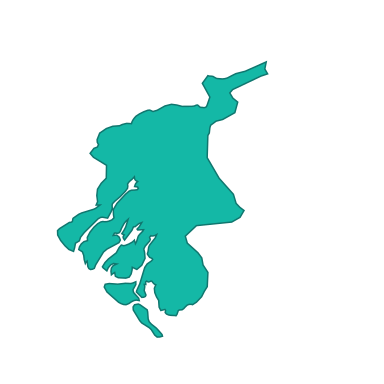 Rivers, Natural Earth projection, rotated 55°
{"feature_id": "NGA-2844", "entity_name": "Rivers", "entity_type": "State", "adm_level": 1, "iso_a3": "NGA", "parent_name": "Nigeria", "parent_adm1": "", "projection": "natural_earth1", "projection_center": [6.981, 5.031], "detail": "fine", "context": "isolated", "style": "filled", "palette": "teal", "viewbox_px": 384, "rotation_deg": 55, "n_neighbors": 0, "source": "natural_earth", "source_scale": "10m", "svg_char_len": 4624}
<svg xmlns="http://www.w3.org/2000/svg" viewBox="0 0 384 384"><g transform="rotate(55 192 192)"><path d="M284.6,256.2L283.6,257.0L282.4,258.8L281.9,260.7L282.3,263.6L282.8,265.7L282.8,267.7L281.4,270.0L281.3,271.3L283.6,274.5L284.2,276.1L283.6,276.6L280.8,280.2L279.3,281.7L277.3,282.9L275.4,283.1L273.8,281.5L272.7,281.5L271.2,285.5L267.5,285.0L261.7,281.5L257.5,281.2L253.1,280.2L249.3,278.1L247.2,274.8L246.2,275.5L245.0,275.9L242.0,276.1L241.4,276.7L241.2,278.1L240.6,279.5L239.0,280.2L239.0,281.5L240.1,282.2L241.3,282.9L240.3,284.1L242.5,285.0L245.3,287.7L250.0,288.8L250.8,290.1L250.5,291.9L249.5,293.6L242.0,294.9L241.1,293.9L237.3,287.5L226.7,274.0L225.2,270.0L225.2,264.7L224.7,262.9L223.6,262.8L221.2,264.2L217.5,264.2L217.0,264.0L215.6,262.2L212.5,259.3L211.2,257.3L208.5,248.4L206.6,245.4L206.4,247.3L205.6,249.2L204.7,250.5L204.2,250.7L204.7,252.7L205.6,253.1L206.7,253.2L207.8,254.6L209.5,261.4L211.0,264.2L214.1,265.4L219.4,268.5L223.2,275.2L223.8,281.6L219.4,284.1L221.6,285.9L224.2,288.8L225.7,292.2L224.6,295.6L219.9,301.6L217.1,303.1L213.6,301.5L213.5,304.5L213.6,305.5L210.4,303.8L208.1,301.7L207.1,298.8L207.8,294.9L205.5,297.3L205.1,300.5L206.0,304.0L207.8,307.0L203.2,308.3L201.9,308.3L199.9,303.7L198.9,298.8L198.4,288.9L195.7,283.5L194.9,280.3L196.8,278.8L197.5,277.2L198.4,273.5L198.8,269.5L198.4,266.8L199.3,267.2L200.9,267.6L201.9,268.0L200.8,265.8L197.4,261.4L196.7,259.3L195.9,255.0L195.1,253.3L191.9,258.3L190.9,258.3L190.2,255.1L188.2,250.7L187.4,253.7L187.8,258.4L187.0,260.0L188.9,263.1L192.7,274.8L190.9,274.8L189.7,274.5L188.9,273.8L188.2,272.1L187.5,272.6L185.9,273.4L184.4,269.7L182.6,266.3L177.7,260.0L178.1,263.2L178.9,265.8L181.3,270.6L182.7,272.7L183.3,273.9L183.6,275.4L182.9,277.1L181.8,278.1L181.2,279.2L182.4,281.5L184.1,278.4L187.2,277.5L190.3,278.3L191.6,280.9L190.0,294.3L190.4,298.9L196.4,312.7L198.5,315.8L198.2,317.7L197.3,319.6L195.6,320.4L193.4,320.1L191.6,319.2L188.4,317.5L188.5,318.4L188.8,319.3L189.4,320.4L185.6,319.1L181.9,317.1L178.1,316.1L174.2,317.8L172.3,315.5L171.0,312.4L170.7,308.9L171.9,305.5L169.1,303.8L166.4,298.6L164.6,292.5L163.9,287.5L164.2,284.0L165.0,282.0L166.2,280.7L167.4,278.8L168.2,276.8L168.9,273.7L168.4,270.7L165.6,269.4L161.3,266.6L158.3,260.0L155.7,247.9L155.2,243.1L155.8,240.6L157.5,237.9L158.7,235.6L158.3,233.9L156.7,233.7L154.6,235.9L153.0,233.7L152.5,232.3L152.2,230.5L150.8,231.3L149.4,231.6L147.9,231.3L146.5,230.5L147.2,233.8L147.5,237.3L148.4,240.1L150.5,241.3L152.0,242.7L153.2,246.2L154.6,253.3L155.3,260.6L156.0,264.0L157.5,265.4L159.7,266.7L161.9,269.8L165.0,276.1L161.2,279.9L160.4,281.5L160.1,284.2L163.4,303.4L165.1,309.2L167.4,312.3L167.1,316.8L170.5,320.3L172.7,323.1L168.5,325.8L163.2,326.9L156.4,327.4L150.2,326.7L146.5,324.3L146.0,321.5L146.6,309.9L147.4,308.5L147.6,307.6L147.3,306.6L145.7,305.1L145.3,304.3L145.3,297.5L145.9,294.3L149.7,282.6L150.1,280.5L149.9,274.8L147.7,278.0L145.8,274.9L140.3,272.0L135.5,267.8L132.8,261.4L131.5,254.3L121.1,246.7L107.1,252.8L101.9,253.3L100.0,247.3L100.9,243.7L99.5,241.4L97.0,241.1L94.7,239.7L90.8,233.8L90.9,225.8L92.7,219.2L96.2,213.3L96.7,210.4L98.3,206.2L101.3,202.4L100.0,200.7L99.0,198.7L98.3,196.6L97.8,194.4L97.9,190.4L98.6,185.5L99.7,181.3L100.7,179.6L103.7,177.8L105.1,173.6L106.0,164.8L108.4,158.5L112.1,154.5L116.2,151.0L121.8,142.9L122.9,140.8L123.3,138.7L124.0,137.5L127.2,136.7L127.9,136.1L128.3,135.4L129.8,133.8L130.3,132.7L130.4,131.4L129.9,130.4L129.4,129.6L124.5,122.9L108.9,121.2L106.0,112.7L105.8,112.3L106.8,111.5L108.5,109.4L109.4,108.5L112.5,107.1L113.4,106.4L116.8,102.3L118.0,100.1L118.9,97.6L119.6,92.2L120.2,88.2L123.6,79.2L128.0,56.6L133.0,61.8L138.6,62.3L136.6,69.0L131.4,99.9L132.5,104.2L138.5,104.7L144.6,103.0L151.6,111.4L150.2,125.3L147.8,131.6L148.0,138.4L149.6,140.5L153.6,144.0L154.8,146.6L172.6,159.9L196.4,161.9L217.6,159.4L226.6,162.4L232.0,161.6L237.0,160.0L240.3,167.2L239.4,176.7L222.1,207.6L224.3,222.8L231.2,225.2L245.1,222.0L251.6,221.8L258.1,224.8L267.0,225.1L278.3,233.8L280.4,238.8L283.3,244.2L284.8,251.6L284.6,256.2ZM240.8,297.5L248.5,296.6L250.7,297.5L248.6,299.6L247.6,301.9L247.2,304.6L247.2,307.6L246.5,310.7L244.9,312.6L242.6,314.2L240.2,315.4L225.2,319.0L219.5,318.4L217.8,316.0L219.5,312.3L224.9,305.7L228.6,298.9L231.9,294.6L232.6,292.7L233.3,289.5L235.6,291.1L238.2,296.4L240.8,297.5ZM285.9,298.9L291.5,298.3L293.2,298.9L292.3,301.5L290.8,303.8L287.8,304.6L281.4,304.3L278.8,304.8L270.4,308.3L267.4,308.6L255.0,307.8L252.4,306.2L251.4,303.7L253.0,300.2L254.7,299.2L262.8,296.3L264.8,297.1L270.8,300.7L273.8,301.5L276.9,301.1L283.0,299.3L285.9,298.9Z" fill="#14b8a6" stroke="#0f766e" stroke-width="1.5"/></g></svg>